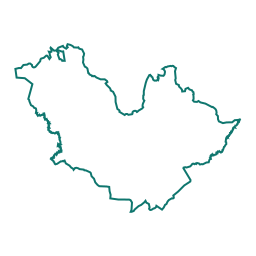 Ayensuano, Eastern, Ghana (Natural Earth projection)
{"feature_id": "2480657B11085167902059", "entity_name": "Ayensuano", "entity_type": "district", "adm_level": 2, "iso_a3": "GHA", "parent_name": "Ghana", "parent_adm1": "Eastern", "projection": "natural_earth1", "projection_center": [-0.482, 5.946], "detail": "fine", "context": "isolated", "style": "outline", "palette": "teal", "viewbox_px": 256, "rotation_deg": 0, "n_neighbors": 0, "source": "geoboundaries", "source_scale": "gbopen_adm2", "svg_char_len": 5737}
<svg xmlns="http://www.w3.org/2000/svg" viewBox="0 0 256 256"><path d="M15.4,68.9L16.6,77.6L24.8,78.2L32.4,84.1L28.3,99.0L29.2,100.0L29.4,101.3L31.0,105.2L33.2,106.4L34.1,107.8L35.7,108.3L36.0,108.7L36.3,110.6L35.9,112.9L37.2,112.9L36.8,114.1L37.9,115.8L39.3,114.7L39.8,115.6L40.5,115.7L41.4,114.9L41.9,115.1L43.2,114.5L43.4,113.5L44.2,113.4L44.3,114.1L43.9,114.5L44.7,115.2L44.6,116.0L44.3,116.1L44.7,116.8L44.2,117.6L45.3,118.4L44.8,118.9L45.1,119.7L46.2,119.3L46.1,119.6L47.1,119.9L47.4,120.9L48.0,121.0L48.0,121.8L48.3,121.7L48.6,122.6L49.0,122.5L48.8,123.1L49.4,123.0L49.8,123.5L48.6,123.8L49.0,124.1L48.5,124.4L48.5,125.2L49.1,125.8L48.2,127.1L49.2,127.4L49.4,127.8L49.0,127.8L48.2,128.8L48.3,129.9L48.9,129.9L49.6,131.7L50.1,131.5L50.8,132.3L51.0,131.8L51.5,132.2L51.3,132.7L52.5,133.1L53.4,132.8L54.8,133.5L55.5,133.3L55.7,132.7L56.3,132.7L56.6,132.2L57.3,132.2L57.1,132.9L57.4,133.2L57.8,133.0L57.6,133.7L57.9,133.3L58.0,134.1L58.7,133.9L58.6,134.7L59.2,135.2L59.2,137.3L59.8,137.5L59.4,138.0L59.5,138.8L59.8,139.0L59.5,139.7L60.3,141.3L60.6,144.0L60.0,143.8L59.8,144.1L60.1,144.3L58.8,144.5L58.1,143.9L57.8,145.8L58.2,145.6L58.1,146.2L59.4,146.2L59.2,146.6L59.6,147.3L60.0,147.2L59.8,147.6L60.3,147.8L60.5,147.3L61.0,148.1L60.8,149.2L61.0,149.9L61.5,150.2L61.4,151.8L60.0,151.9L59.8,151.5L59.6,152.0L59.1,151.6L59.2,152.2L58.4,152.1L58.5,152.7L57.5,152.9L57.2,153.5L57.0,153.0L57.0,154.0L56.6,154.5L56.4,153.5L55.9,154.3L55.2,153.9L54.6,154.9L53.9,155.4L54.1,156.8L53.4,156.9L53.6,157.7L53.1,157.6L52.8,158.3L51.9,157.9L51.5,158.5L51.1,158.3L50.8,158.9L53.6,161.2L53.6,161.7L54.3,162.3L54.7,163.7L55.4,164.3L57.2,163.8L60.7,161.4L61.8,161.4L63.0,160.9L63.4,161.3L64.6,160.6L65.8,163.4L69.5,165.6L71.2,167.6L73.1,168.7L73.6,169.8L75.1,168.0L76.5,167.8L78.5,168.4L79.4,169.1L83.8,169.6L84.3,170.3L85.9,170.4L90.1,172.3L90.7,172.9L91.6,176.3L94.0,178.7L95.3,182.4L97.6,185.0L99.3,186.2L106.5,186.5L109.2,186.9L109.6,191.2L110.6,194.8L110.3,198.4L118.1,199.5L129.2,199.6L130.5,200.1L132.0,202.5L131.5,209.8L130.7,211.8L131.6,211.8L133.7,211.0L134.7,209.5L138.6,206.1L141.2,204.9L144.3,202.3L145.5,200.8L146.4,202.7L148.8,203.9L149.6,207.2L149.1,208.8L149.9,209.8L150.8,210.0L152.4,209.3L153.4,208.5L154.6,208.3L156.0,207.2L156.4,205.8L162.0,209.6L163.7,207.6L165.1,204.8L166.4,204.1L167.6,201.5L168.9,200.0L171.9,198.3L172.8,198.5L173.6,198.1L173.8,197.3L173.3,195.5L178.1,191.6L184.3,185.4L190.3,181.5L190.5,180.0L183.4,168.2L183.6,167.6L185.2,167.2L186.6,167.5L190.2,166.4L191.5,165.1L191.9,164.3L193.1,163.6L194.5,164.2L195.4,163.5L196.2,164.0L197.0,163.0L199.0,163.5L199.9,164.5L201.8,164.1L202.8,164.3L206.4,162.5L208.7,162.3L209.5,159.6L209.8,159.1L210.9,158.9L210.6,157.8L210.1,157.3L210.8,156.7L210.6,155.6L211.2,155.0L211.5,155.6L211.9,155.1L211.9,155.6L212.9,155.5L212.5,154.8L212.7,154.6L214.8,154.9L216.4,154.3L216.3,153.2L217.3,153.2L217.1,152.6L217.5,152.7L217.8,151.5L218.9,151.8L219.3,151.2L220.9,152.5L221.6,151.7L222.1,151.8L222.8,150.4L222.5,150.0L223.3,149.2L224.0,146.9L224.5,146.7L225.5,144.9L226.3,144.1L226.2,142.2L225.6,141.8L226.1,138.6L226.5,138.8L227.2,138.1L227.3,137.5L226.9,136.9L227.4,136.3L227.8,136.7L227.6,135.7L228.1,136.5L229.0,136.0L229.1,135.0L229.6,134.9L229.6,134.4L230.4,133.8L230.2,133.0L230.8,133.0L230.9,132.4L231.4,132.6L231.8,132.0L231.3,131.8L231.3,131.3L232.1,131.2L233.0,128.5L233.3,128.8L233.6,127.7L234.2,127.3L234.9,127.5L234.5,126.8L235.4,126.3L235.5,126.5L235.4,125.7L236.0,125.7L236.8,125.1L237.1,124.1L237.5,123.9L237.0,123.1L237.5,123.4L237.9,123.0L237.9,122.1L238.7,122.1L238.5,121.4L239.2,121.2L239.7,119.8L240.6,119.1L238.4,119.9L234.7,120.2L232.2,122.3L226.6,122.4L222.9,123.1L218.9,121.4L218.0,119.2L217.9,116.1L216.2,114.2L216.6,112.8L216.3,110.7L215.7,109.4L214.6,108.3L212.7,106.9L212.1,107.1L205.4,103.6L200.4,102.4L198.5,101.0L197.0,101.9L194.1,101.7L192.9,100.4L193.6,99.0L193.5,95.8L193.2,94.5L193.7,94.1L193.4,92.1L192.6,91.7L192.1,90.4L189.4,89.4L188.1,87.8L185.5,88.9L185.0,91.2L182.2,91.5L181.9,89.6L180.4,87.8L179.3,86.9L178.9,86.0L178.9,85.1L176.1,83.8L175.2,80.0L175.7,78.4L175.0,71.2L176.0,68.1L174.3,67.0L173.4,66.0L172.6,65.8L171.5,66.2L170.7,65.9L167.5,66.5L166.4,67.2L165.4,67.0L162.6,68.9L163.5,69.2L164.6,70.6L165.0,71.9L164.5,74.5L163.5,75.8L160.6,75.6L158.5,74.9L158.5,75.9L157.6,77.2L157.8,78.0L158.5,77.6L158.7,78.1L158.2,80.1L157.6,79.7L156.6,80.6L154.4,80.6L153.2,79.7L152.4,77.2L151.4,76.6L151.2,75.8L150.4,75.5L150.2,74.9L149.3,75.1L146.9,79.5L145.8,82.7L143.8,91.1L143.8,95.0L143.3,95.4L143.2,98.8L144.0,100.5L144.3,100.7L143.0,103.5L142.6,105.1L142.6,106.5L143.2,107.2L142.3,108.4L138.6,110.6L137.3,111.8L136.9,112.0L136.2,111.1L135.3,110.8L134.2,110.9L133.2,111.4L132.5,112.3L132.5,113.7L132.1,114.2L128.4,114.8L127.2,114.0L126.2,114.0L125.5,114.2L124.7,115.0L119.4,111.8L119.6,110.9L119.1,110.1L117.4,109.0L115.6,102.0L115.5,96.7L113.1,91.8L110.7,90.5L110.7,89.7L109.8,88.0L106.7,85.0L105.6,83.4L107.4,82.0L107.0,81.0L104.7,79.3L100.5,79.3L96.4,77.5L94.6,76.0L93.2,76.3L92.8,75.9L92.0,76.1L91.7,75.5L89.4,74.4L89.1,73.4L88.3,73.1L87.4,68.5L86.3,67.4L84.8,66.6L83.0,62.5L83.4,59.6L83.1,56.8L83.7,55.8L84.1,53.6L82.1,49.5L79.3,48.7L78.3,47.3L77.5,47.6L73.9,47.4L72.7,46.1L70.4,44.9L67.6,44.2L66.8,46.2L67.7,47.3L66.2,48.7L63.3,46.9L62.9,45.9L58.3,47.7L57.1,49.4L56.9,50.2L58.1,50.2L61.9,51.6L63.2,51.4L64.7,60.8L62.2,60.8L62.0,60.1L60.5,59.1L59.5,59.2L57.8,54.5L58.6,52.9L56.0,50.4L54.1,50.7L50.7,47.6L50.5,48.0L51.3,49.6L51.5,51.6L50.8,52.0L48.9,51.7L49.7,53.5L49.9,55.2L50.7,57.2L49.4,59.0L47.4,55.8L46.3,55.6L43.8,57.8L41.1,58.6L40.5,59.4L40.2,61.2L35.5,66.8L34.6,67.3L33.6,67.4L32.7,67.0L32.0,65.9L32.0,65.0L30.1,63.5L28.7,63.6L27.2,64.6L23.4,65.0L21.0,68.1L18.9,68.0L15.4,68.9Z" fill="none" stroke="#0f766e" stroke-width="2"/></svg>